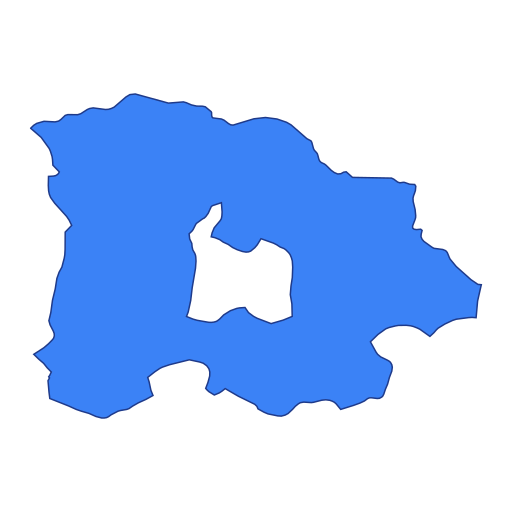 map outline of Selenge (Mercator projection)
{"feature_id": "MNG-3326", "entity_name": "Selenge", "entity_type": "Province", "adm_level": 1, "iso_a3": "MNG", "parent_name": "Mongolia", "parent_adm1": "", "projection": "mercator", "projection_center": [106.313, 49.491], "detail": "fine", "context": "isolated", "style": "filled", "palette": "blue", "viewbox_px": 512, "rotation_deg": 0, "n_neighbors": 0, "source": "natural_earth", "source_scale": "10m", "svg_char_len": 4270}
<svg xmlns="http://www.w3.org/2000/svg" viewBox="0 0 512 512"><path d="M135.3,94.0L168.4,103.1L183.4,101.9L186.3,102.7L191.4,104.9L196.7,106.1L202.5,106.2L205.3,106.8L211.1,111.6L211.6,112.7L211.6,114.2L211.7,115.8L212.1,117.1L212.9,117.9L221.4,119.0L224.1,120.2L228.4,123.5L230.7,124.8L233.1,125.1L253.9,118.8L265.5,117.5L277.0,119.0L286.6,122.3L291.1,124.9L306.9,138.7L310.9,140.8L311.8,142.3L313.5,148.6L314.3,150.2L316.5,152.6L317.3,153.7L317.9,155.5L318.9,159.4L319.8,161.2L321.2,162.5L324.4,164.0L325.9,165.1L331.2,170.3L334.2,172.5L337.7,174.0L340.9,173.7L343.6,172.2L346.2,171.8L352.5,177.4L391.5,178.1L393.2,178.9L393.8,179.2L397.7,182.1L399.9,182.8L403.3,182.3L404.5,182.4L409.6,184.2L414.7,184.5L415.8,186.2L415.4,190.5L414.5,193.3L413.6,195.6L413.0,198.1L413.2,201.6L415.1,209.5L415.7,215.6L415.6,217.7L415.0,219.7L412.6,226.0L412.7,228.1L414.0,229.2L416.5,229.6L420.7,229.2L422.1,230.4L421.2,234.1L421.0,236.7L422.1,239.3L423.9,241.4L431.8,247.1L433.9,248.3L442.8,249.5L445.7,250.7L447.2,252.4L448.1,254.5L449.0,256.8L450.0,259.0L456.2,266.5L471.0,279.7L477.9,284.4L481.3,284.7L477.6,301.0L476.1,317.7L472.0,317.4L468.6,317.6L456.3,319.2L452.6,320.4L444.9,324.0L438.2,328.1L436.4,329.8L433.8,332.8L429.9,336.4L419.8,329.2L417.3,328.0L413.4,326.5L410.7,325.8L406.3,325.3L398.5,325.4L395.5,325.9L389.1,327.5L385.8,328.8L378.0,334.4L370.4,341.8L376.0,352.0L377.6,354.3L380.7,356.9L387.5,360.2L389.5,361.4L390.5,362.4L391.8,364.7L392.3,367.2L391.8,371.1L389.4,377.5L387.6,384.1L385.4,389.3L383.8,394.1L382.7,396.2L381.7,397.1L379.5,398.3L377.2,398.5L371.7,397.8L369.6,397.8L367.6,398.6L364.4,401.0L359.9,403.1L353.5,405.4L340.7,409.4L336.2,403.9L334.4,402.3L332.3,401.2L329.8,400.3L325.8,399.8L321.8,400.2L313.5,402.3L311.4,402.6L303.8,402.1L300.3,402.7L298.4,403.8L295.3,406.3L292.6,409.3L288.1,413.5L285.1,415.1L281.3,416.1L277.8,415.9L268.0,413.9L264.0,412.2L258.0,408.9L256.9,406.3L254.8,404.3L238.3,396.2L225.2,388.6L221.9,391.2L219.3,392.9L214.3,395.0L208.8,391.6L206.9,389.8L205.7,388.4L207.9,382.6L209.7,376.0L209.8,372.0L209.1,369.3L208.4,368.0L206.7,365.7L203.2,363.2L199.6,362.0L189.3,359.8L169.6,364.7L162.5,367.1L160.0,368.3L154.8,371.8L147.7,377.4L149.1,381.8L150.9,390.3L153.0,395.5L145.9,399.4L138.4,402.8L132.6,406.1L129.0,408.6L126.8,409.4L120.5,410.5L118.0,411.2L111.1,414.8L108.5,416.7L106.6,417.6L104.2,418.0L101.7,418.0L96.0,416.5L89.0,413.4L81.4,411.2L76.2,409.4L68.7,406.0L49.8,398.5L49.0,392.1L48.0,380.7L49.5,377.9L48.7,376.8L49.8,375.2L50.8,373.0L51.3,372.0L47.2,367.8L43.6,363.3L38.7,359.1L33.8,354.3L43.8,347.8L48.6,343.7L52.1,340.1L53.5,338.4L54.3,336.0L54.2,333.6L53.3,331.1L50.1,324.9L48.9,320.7L50.8,312.6L52.5,300.2L55.2,289.1L56.9,278.4L59.1,272.2L61.9,267.1L64.2,258.3L64.8,254.8L65.1,249.3L65.2,232.1L71.7,225.4L69.1,220.1L66.6,216.4L54.7,203.2L50.6,197.5L49.3,194.2L48.6,190.8L48.3,185.4L48.5,176.4L53.4,176.1L55.7,175.6L57.5,174.5L58.6,173.3L59.3,171.9L52.9,165.2L52.5,159.4L52.1,156.6L50.4,151.2L49.2,148.5L41.2,137.4L30.7,128.3L30.7,128.2L33.7,125.3L36.7,123.4L44.0,121.3L55.0,121.9L58.6,121.1L60.9,119.5L65.2,115.4L67.8,114.6L77.7,114.7L80.8,113.7L87.3,109.5L89.7,108.5L93.2,107.9L105.5,109.5L108.5,109.3L111.5,108.4L114.2,107.1L125.9,97.0L129.9,94.6L135.3,94.0ZM246.0,252.1L242.5,251.5L237.2,249.7L232.6,247.5L228.2,244.4L223.2,242.1L219.7,239.6L215.0,237.7L211.2,236.8L212.1,232.9L214.2,227.8L220.2,220.6L221.2,219.0L221.5,218.0L221.9,215.7L222.1,212.0L221.4,202.7L212.6,205.6L211.5,206.4L211.1,206.9L208.2,213.3L205.8,216.6L204.2,218.1L202.7,218.8L196.4,223.4L195.6,224.6L193.1,229.6L191.8,231.3L189.1,233.8L189.7,239.0L191.8,243.4L192.1,246.8L192.8,249.9L194.8,253.4L195.5,255.3L195.8,257.1L195.8,257.5L196.0,261.2L195.5,268.2L195.0,271.2L192.2,287.7L190.7,300.5L188.2,312.0L186.5,316.5L193.0,319.1L197.2,320.3L208.6,322.3L211.2,322.4L213.9,322.1L216.3,321.4L217.5,320.7L219.6,319.1L223.7,314.9L230.4,310.7L236.8,308.4L239.5,307.9L245.0,307.5L248.5,312.6L253.6,316.4L257.2,318.3L271.1,323.6L283.2,320.1L292.2,316.4L291.9,303.9L290.3,294.7L291.0,286.0L292.3,277.6L292.7,267.2L292.3,260.9L291.4,257.7L290.1,254.6L288.7,252.7L285.9,249.9L284.1,248.6L280.1,247.0L276.6,244.7L273.4,243.1L261.0,238.7L257.2,244.9L254.8,247.7L250.7,251.1L248.5,251.9L246.0,252.1Z" fill="#3b82f6" stroke="#1e3a8a" stroke-width="1.5"/></svg>